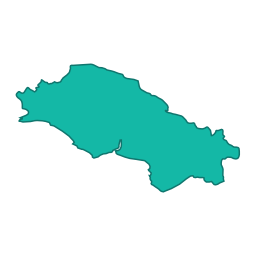 outline of Manabi, rotated 268°
{"feature_id": "ECU-1282", "entity_name": "Manabi", "entity_type": "Province", "adm_level": 1, "iso_a3": "ECU", "parent_name": "Ecuador", "parent_adm1": "", "projection": "natural_earth1", "projection_center": [-80.093, -0.733], "detail": "fine", "context": "isolated", "style": "filled", "palette": "teal", "viewbox_px": 256, "rotation_deg": 268, "n_neighbors": 0, "source": "natural_earth", "source_scale": "10m", "svg_char_len": 4855}
<svg xmlns="http://www.w3.org/2000/svg" viewBox="0 0 256 256"><g transform="rotate(268 128 128)"><path d="M71.5,222.0L69.9,217.7L68.8,215.9L68.4,214.6L68.2,213.2L68.6,212.0L71.6,209.6L71.2,207.3L71.3,204.4L72.0,203.5L73.1,202.5L74.1,202.2L75.5,202.2L75.9,200.9L75.9,199.5L76.0,197.5L76.5,195.8L76.1,193.5L76.5,192.1L78.0,191.2L77.8,188.8L75.3,184.7L70.1,177.6L65.9,169.1L64.1,164.0L63.0,161.1L63.6,159.0L64.6,157.8L65.8,156.7L66.9,155.3L67.6,154.3L68.3,153.3L69.4,151.9L70.4,150.5L70.7,149.7L71.6,149.2L72.8,149.7L74.0,149.7L75.2,148.8L76.4,148.3L77.7,148.6L78.7,148.1L79.7,147.7L79.5,148.6L81.1,149.4L82.4,149.5L83.4,148.5L84.1,148.2L84.7,147.2L85.7,146.9L86.5,148.3L87.3,148.5L88.8,148.7L91.0,147.8L92.8,145.8L94.8,143.5L96.0,137.3L96.4,135.3L97.5,128.9L99.1,123.9L101.0,119.4L102.1,116.5L102.5,116.0L103.2,115.3L104.5,115.1L105.6,114.7L105.8,117.3L107.0,119.3L109.3,120.5L111.5,120.8L116.2,120.9L116.2,119.7L113.8,119.0L111.2,118.3L109.4,118.3L108.2,117.3L107.2,114.5L106.1,112.1L104.9,111.6L104.3,110.5L104.2,108.1L103.2,105.3L103.0,102.4L101.8,99.3L100.2,97.1L99.2,92.9L100.1,91.5L101.9,91.3L104.6,88.7L107.3,84.0L108.2,82.3L108.4,80.9L109.2,78.8L109.9,77.1L111.8,76.4L112.9,74.4L114.0,72.2L115.6,73.8L117.5,72.7L119.5,70.9L121.9,68.9L127.1,62.4L131.2,56.3L132.6,54.2L133.2,52.3L133.4,51.0L133.8,50.6L134.4,50.4L136.2,49.7L137.5,46.0L138.2,42.7L138.7,37.4L138.6,35.0L137.9,30.8L137.7,23.2L138.5,20.6L138.5,19.8L138.8,19.4L139.7,19.9L140.1,20.4L140.4,21.1L140.8,22.6L141.5,22.6L141.6,21.4L142.0,20.6L144.2,26.6L145.3,28.4L145.8,28.8L146.5,29.0L147.1,29.1L147.6,29.1L148.0,29.0L148.3,28.9L148.8,28.4L149.1,28.0L149.6,27.6L149.8,27.2L150.1,26.9L150.4,26.0L150.8,24.9L151.0,23.8L151.1,23.5L151.2,23.3L151.4,23.2L151.6,23.1L151.9,23.1L154.8,23.2L156.3,23.1L157.9,22.8L159.0,22.3L159.5,22.0L160.4,21.2L162.2,19.0L162.7,18.6L163.2,18.2L164.2,17.7L164.8,17.6L165.4,17.6L165.9,17.8L166.2,18.0L167.1,18.8L167.8,19.6L168.0,19.9L168.1,20.2L168.1,20.4L168.1,20.6L168.0,20.9L167.1,22.0L166.8,22.6L166.6,22.9L166.5,23.2L166.5,23.6L166.5,24.0L166.6,24.4L166.7,24.7L166.9,25.1L167.2,25.4L171.3,28.2L171.6,28.6L171.8,28.9L171.9,29.1L171.9,29.3L171.8,29.6L171.6,29.9L171.0,30.6L170.4,31.0L170.0,31.5L169.5,32.2L169.2,33.0L167.5,35.7L167.4,35.9L167.6,36.3L167.9,36.7L168.8,37.7L169.3,38.0L169.7,38.1L170.0,37.9L170.5,37.6L170.8,37.5L171.2,37.4L171.5,37.6L171.6,38.0L171.8,39.7L171.9,40.2L172.1,40.4L172.3,40.5L172.5,40.5L172.8,40.3L173.4,39.7L173.9,39.5L174.3,39.6L174.7,40.0L175.2,40.7L176.9,42.5L177.6,42.9L178.1,43.0L178.7,43.1L179.0,43.2L179.1,43.3L179.1,43.5L176.8,46.5L176.6,46.9L176.5,47.3L176.4,48.0L176.3,48.5L176.2,48.9L176.1,49.0L175.9,49.1L175.6,49.2L175.4,49.3L175.2,49.5L175.0,49.8L174.9,50.1L174.8,50.4L174.7,50.8L174.8,51.1L175.1,52.0L175.1,52.4L175.1,53.2L175.3,53.7L176.7,56.3L176.1,57.2L175.9,57.9L175.7,59.0L176.1,61.0L176.5,62.1L177.2,62.8L177.9,63.0L178.3,63.3L179.1,64.0L180.2,64.8L180.8,65.6L183.0,68.7L185.3,71.1L185.8,71.4L188.9,72.4L189.4,72.6L190.8,72.5L191.4,72.5L192.2,72.8L192.6,73.7L192.5,75.4L193.0,93.1L192.7,94.6L192.1,96.1L189.4,101.0L189.2,103.3L189.1,104.1L188.1,107.0L186.7,109.1L185.5,113.7L184.8,115.8L182.9,120.3L181.9,123.8L181.6,124.4L180.7,125.0L179.8,125.3L179.1,125.8L178.2,127.0L177.5,128.7L176.3,135.6L174.7,139.7L169.1,140.7L167.7,141.2L166.7,141.8L165.8,142.7L162.5,148.1L162.2,149.2L161.8,150.5L161.3,151.4L160.0,152.3L159.6,152.9L159.5,153.7L159.5,154.4L159.4,155.2L159.2,155.9L158.8,156.9L158.1,157.9L157.0,159.4L155.6,162.0L154.6,163.4L150.1,167.5L148.9,168.3L147.3,168.8L146.5,168.6L145.9,168.4L144.5,168.5L144.0,168.3L143.9,167.8L144.1,166.9L144.2,166.2L143.9,166.0L143.3,166.4L142.5,167.4L141.9,168.9L141.4,171.2L140.6,173.2L139.9,176.2L138.2,181.6L137.4,182.9L134.0,186.0L132.2,187.0L131.2,187.8L130.6,189.3L130.5,191.3L130.8,193.6L130.6,194.2L130.2,194.6L128.2,195.3L126.9,196.3L126.3,196.4L125.9,196.7L125.4,197.5L125.0,198.6L124.6,201.3L124.5,202.5L124.8,203.7L125.1,204.7L126.1,206.5L126.2,207.1L125.7,208.0L122.8,210.3L117.5,211.1L117.5,211.8L117.9,212.6L118.8,213.9L120.0,214.9L120.8,215.5L121.7,215.7L122.2,215.9L122.4,216.2L122.4,216.7L122.3,217.5L122.4,218.5L123.3,221.4L122.9,222.4L121.7,222.8L118.3,222.5L117.1,223.2L116.6,223.9L116.1,224.1L115.6,223.7L114.9,223.1L114.3,222.7L113.6,223.0L112.9,223.7L112.1,225.5L111.5,226.0L110.3,226.6L109.5,227.1L108.4,228.0L107.8,228.9L107.3,230.1L106.7,231.2L105.9,232.1L105.3,233.2L105.1,234.3L105.1,235.2L105.0,236.0L104.8,236.6L104.6,237.3L104.2,237.8L103.5,238.2L101.0,238.4L97.5,238.3L95.6,237.8L94.3,237.1L93.6,236.0L93.4,235.0L93.4,234.1L93.7,233.2L93.9,232.3L94.9,230.5L95.1,229.9L95.4,227.0L95.3,226.1L94.9,225.4L93.8,224.1L93.7,223.5L93.7,222.9L93.9,221.9L93.4,221.1L92.2,220.3L89.7,219.9L88.1,219.9L85.1,221.1L83.4,221.5L77.2,221.1L76.0,221.6L75.4,221.7L73.8,221.5L71.5,222.0L71.5,222.0Z" fill="#14b8a6" stroke="#0f766e" stroke-width="1.5"/></g></svg>